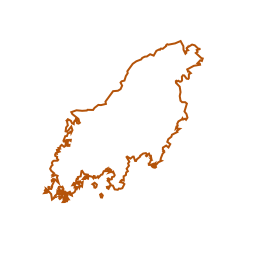 Kurigram, Rangpur, Bangladesh, rotated 231°
{"feature_id": "16705992B97164497642406", "entity_name": "Kurigram", "entity_type": "district", "adm_level": 2, "iso_a3": "BGD", "parent_name": "Bangladesh", "parent_adm1": "Rangpur", "projection": "mercator", "projection_center": [89.627, 25.805], "detail": "fine", "context": "isolated", "style": "outline", "palette": "amber", "viewbox_px": 256, "rotation_deg": 231, "n_neighbors": 0, "source": "geoboundaries", "source_scale": "gbopen_adm2", "svg_char_len": 5728}
<svg xmlns="http://www.w3.org/2000/svg" viewBox="0 0 256 256"><g transform="rotate(231 128 128)"><path d="M143.9,234.0L145.5,232.5L150.3,231.9L152.5,230.3L153.3,224.2L152.7,223.1L153.0,224.3L152.1,223.4L150.6,223.6L151.2,221.7L151.0,220.9L149.7,220.6L149.6,219.4L153.9,220.4L156.7,222.5L162.5,223.6L164.1,217.9L167.3,211.9L168.4,211.2L168.3,209.6L167.7,209.3L167.7,204.8L169.0,203.6L168.7,202.0L169.4,201.8L170.1,198.6L168.1,193.5L171.4,191.6L171.7,187.7L172.9,185.9L173.5,183.1L173.0,181.4L174.6,176.5L174.9,172.1L172.5,163.2L170.8,162.3L169.7,159.0L167.1,155.1L168.3,152.4L168.0,150.8L164.6,150.1L162.9,146.7L163.3,143.6L166.0,139.6L162.7,127.1L160.6,126.0L162.8,121.4L164.6,119.5L164.7,114.7L164.0,112.2L167.6,108.0L167.5,107.0L170.2,103.2L174.2,99.1L176.0,93.9L173.8,93.5L166.3,95.2L165.5,94.9L166.2,94.1L162.4,93.9L162.5,92.4L163.7,91.5L167.7,93.0L166.7,91.6L167.2,91.1L166.3,89.3L165.2,88.3L166.9,87.5L169.6,88.1L172.7,86.8L172.4,85.1L171.7,85.5L171.6,84.8L167.9,82.9L167.4,80.3L164.7,77.4L163.7,78.1L163.7,80.0L164.8,84.8L161.3,83.5L160.1,81.0L160.9,81.5L161.4,81.0L161.1,79.5L161.7,78.0L160.2,75.5L161.1,74.1L158.7,69.8L158.1,69.6L157.3,72.7L154.8,76.1L154.1,75.3L155.5,74.9L155.5,73.6L157.2,70.6L155.4,70.1L154.8,72.1L154.1,71.7L154.2,70.6L152.4,70.6L151.7,71.9L151.0,71.2L152.3,69.6L154.2,68.8L153.5,67.9L153.6,66.5L156.6,65.9L156.5,64.5L155.9,64.6L156.4,64.4L155.7,62.6L156.1,61.7L154.7,62.0L155.7,59.0L154.8,58.6L153.6,60.0L152.7,60.0L153.8,56.8L152.8,56.4L153.7,55.6L153.1,54.5L152.1,53.9L150.2,54.8L149.1,53.6L147.2,53.7L147.0,52.6L149.2,49.8L149.4,48.4L148.7,46.8L146.7,46.1L146.6,44.5L145.3,41.8L143.0,41.4L139.3,42.1L139.1,39.6L138.5,39.9L138.0,39.0L137.0,42.1L135.1,43.2L134.2,41.6L129.1,39.5L134.3,38.8L135.2,37.8L133.0,36.9L130.6,31.9L130.0,32.0L128.9,30.0L130.0,28.9L131.6,29.7L132.9,28.5L131.5,29.2L130.3,27.9L130.2,25.4L131.3,26.4L132.5,26.1L131.2,25.5L132.0,24.8L131.8,24.2L130.8,24.6L130.1,22.0L128.7,24.2L128.6,26.5L125.0,26.7L120.2,23.9L120.1,26.3L120.7,26.7L119.8,28.4L121.2,28.7L121.4,31.4L123.8,33.8L122.8,34.2L123.2,35.0L122.1,35.0L120.5,33.8L120.3,32.4L119.4,32.4L119.0,33.4L120.0,33.7L118.8,34.0L118.8,35.3L121.3,36.6L121.6,35.7L123.7,36.3L125.0,35.9L125.7,37.2L124.9,38.6L123.8,38.8L123.6,40.1L121.2,39.5L121.1,38.2L119.8,38.3L121.0,37.2L119.9,36.1L118.4,37.2L118.0,38.5L117.5,37.9L118.0,36.5L115.7,37.1L114.7,36.1L114.6,37.2L116.1,37.3L116.1,38.0L115.1,37.7L115.2,39.1L117.1,39.2L115.0,40.7L114.5,41.5L115.2,41.8L115.0,42.7L114.3,42.6L114.5,41.6L113.6,42.1L112.7,41.0L110.8,41.9L112.3,42.7L111.8,46.1L113.3,49.4L113.7,48.9L114.3,49.6L114.3,50.2L113.0,50.2L113.7,51.6L114.4,51.3L115.5,49.1L117.2,51.1L118.5,48.9L119.4,51.4L115.8,54.3L113.9,54.4L113.4,53.1L112.3,52.7L112.9,53.7L111.8,54.0L112.9,54.1L112.7,55.1L111.4,55.4L114.6,58.8L114.8,57.1L116.5,57.2L115.8,55.0L117.5,55.8L118.0,54.0L119.4,54.2L120.7,56.1L119.8,56.6L120.1,57.4L121.4,58.2L120.2,60.8L123.8,64.7L123.6,65.4L119.7,65.0L117.0,67.4L116.3,66.5L116.6,65.7L115.0,65.8L114.5,64.6L113.8,65.0L115.7,67.3L112.4,69.6L111.0,69.5L112.2,71.2L111.6,71.8L109.8,71.1L109.0,73.1L109.5,74.0L109.1,74.5L108.0,74.0L108.6,77.7L108.0,78.8L109.7,81.9L109.0,82.9L109.8,84.8L109.5,86.4L109.1,85.7L107.6,85.8L107.5,84.9L106.9,85.7L107.6,85.9L107.9,88.0L105.9,88.4L105.3,85.3L104.5,87.6L103.4,87.9L103.4,89.0L99.7,88.0L99.1,86.5L99.9,84.6L98.4,83.2L99.0,81.9L101.3,81.0L101.3,80.3L100.6,80.4L99.7,79.0L98.1,79.2L99.4,79.2L98.9,80.0L97.3,79.1L95.5,79.2L94.9,78.3L92.7,80.0L88.7,79.0L86.4,81.2L86.7,82.8L85.5,83.9L84.8,85.7L86.7,89.9L88.6,89.7L90.9,87.8L91.2,88.5L90.4,88.8L91.5,89.3L91.5,90.6L89.9,91.7L93.2,94.2L92.8,96.8L94.6,98.6L94.5,100.7L97.2,101.3L98.1,105.0L100.5,105.8L100.9,107.8L106.3,108.6L106.3,109.4L102.7,110.6L102.7,113.8L102.2,114.4L97.9,112.8L97.3,113.5L98.1,115.1L98.1,119.5L98.8,120.0L98.6,123.7L97.2,126.1L95.6,126.1L95.1,124.5L94.4,124.6L94.3,125.6L95.3,126.0L94.9,128.2L92.6,127.5L92.0,128.3L90.0,127.0L89.0,127.3L90.0,126.3L88.2,126.3L88.5,125.4L86.9,122.4L87.3,121.7L86.2,121.0L84.1,123.4L83.2,122.4L81.5,122.8L80.1,124.0L80.0,125.2L81.0,125.5L81.0,124.6L82.4,123.9L83.3,125.3L84.2,125.0L83.8,125.9L84.4,126.6L83.4,126.0L83.4,126.7L82.9,126.0L81.7,126.7L82.3,130.0L81.4,133.5L82.5,132.9L83.9,134.6L86.2,138.7L86.5,141.0L87.7,140.7L87.8,141.6L89.2,141.4L90.8,142.8L90.3,146.6L87.4,147.2L88.9,150.7L92.5,149.8L94.0,152.3L93.9,156.2L95.1,157.9L93.8,163.9L94.9,164.1L94.8,167.7L96.5,166.0L97.5,166.5L97.5,165.0L98.7,166.7L98.5,168.1L100.3,168.9L101.4,171.3L100.8,175.3L101.3,176.5L99.9,176.2L99.3,178.2L97.9,178.3L98.6,180.7L102.0,182.2L105.3,182.3L109.9,189.1L112.0,188.7L114.0,186.3L116.2,186.0L120.3,188.3L122.8,191.4L127.6,194.2L132.9,193.7L134.3,194.7L134.3,195.3L133.3,195.5L133.1,196.8L131.2,197.5L130.7,198.9L131.1,200.1L133.9,202.1L134.4,203.9L133.4,204.8L129.5,204.6L128.2,205.7L128.4,206.6L131.5,209.2L131.1,211.3L133.8,210.9L134.0,210.2L136.3,210.9L134.9,218.3L131.8,223.8L132.8,224.3L134.6,222.9L135.1,226.8L133.6,227.6L135.0,229.8L136.1,229.0L143.6,227.9L143.4,230.0L145.3,230.5L143.9,234.0ZM113.6,33.2L110.6,34.0L110.1,35.8L111.1,35.5L109.9,37.0L113.1,37.3L113.4,37.9L113.5,37.2L114.4,37.4L112.6,36.2L114.1,35.2L113.6,33.2ZM104.9,65.6L102.9,64.4L102.1,65.0L102.2,66.4L103.6,68.2L106.5,67.6L106.7,65.0L104.9,65.6ZM91.1,63.3L90.3,64.0L91.5,66.0L93.7,65.9L93.8,64.4L91.1,63.3ZM94.5,74.0L93.0,74.6L94.0,76.7L93.8,77.8L95.5,74.5L94.5,74.0ZM117.3,63.7L116.7,60.9L115.3,62.7L115.8,64.0L117.3,63.7ZM117.6,31.3L115.8,32.1L116.2,33.9L114.8,33.6L116.9,34.8L116.7,32.8L117.6,31.3ZM112.4,33.1L111.5,30.7L110.4,32.1L112.4,33.1ZM135.4,37.0L135.4,35.8L134.6,35.4L134.5,36.3L135.4,37.0ZM116.4,30.3L114.8,30.4L116.5,30.8L116.4,30.3ZM109.0,35.2L110.0,34.6L109.8,34.0L109.0,35.2Z" fill="none" stroke="#b45309" stroke-width="2"/></g></svg>